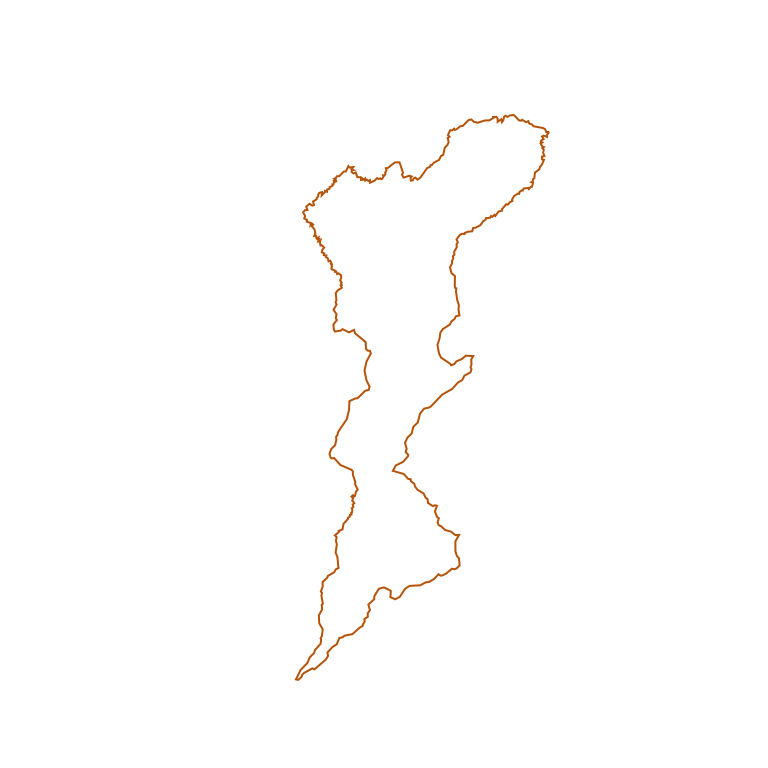 Sevilla, Valle del Cauca, Colombia (Natural Earth projection), rotated 29°
{"feature_id": "7082276B53054479905694", "entity_name": "Sevilla", "entity_type": "district", "adm_level": 2, "iso_a3": "COL", "parent_name": "Colombia", "parent_adm1": "Valle del Cauca", "projection": "natural_earth1", "projection_center": [-75.905, 4.158], "detail": "fine", "context": "isolated", "style": "outline", "palette": "amber", "viewbox_px": 768, "rotation_deg": 29, "n_neighbors": 0, "source": "geoboundaries", "source_scale": "gbopen_adm2", "svg_char_len": 6116}
<svg xmlns="http://www.w3.org/2000/svg" viewBox="0 0 768 768"><g transform="rotate(29 384 384)"><path d="M448.5,316.3L441.8,319.6L439.8,324.8L436.3,329.1L435.9,332.5L433.5,335.1L432.3,334.2L421.1,333.3L417.3,330.6L411.8,323.9L410.5,317.2L408.4,311.8L408.8,307.4L412.8,300.1L412.6,296.8L414.1,293.2L414.1,289.8L416.8,287.4L413.3,283.1L411.1,278.5L407.5,275.3L402.2,268.3L400.9,265.3L400.1,265.7L398.5,264.2L393.7,255.2L389.3,254.3L385.1,250.0L385.1,245.6L383.8,243.3L383.7,240.5L382.3,238.9L382.9,236.9L381.2,234.2L381.4,229.2L379.7,226.6L379.9,224.4L377.3,222.3L378.0,217.1L379.3,214.9L381.8,213.7L381.3,212.8L383.2,210.5L387.2,207.6L386.3,204.5L388.4,202.8L391.3,198.3L391.8,193.5L393.2,191.0L392.7,189.6L396.2,187.1L396.2,185.1L397.8,185.2L398.6,182.5L399.9,183.1L400.6,177.5L403.2,175.2L402.5,173.7L403.7,167.5L405.4,167.1L405.9,164.0L407.6,161.6L406.6,160.6L406.7,156.5L408.9,152.4L410.0,152.1L409.4,150.5L410.5,147.9L411.5,147.7L411.4,145.3L415.1,142.6L416.1,143.3L416.8,140.5L417.8,139.7L416.7,135.6L415.1,135.9L415.9,134.7L415.1,132.4L415.7,131.1L413.5,125.9L415.8,120.8L415.1,118.4L415.8,115.8L415.2,110.4L413.4,110.9L411.8,108.6L413.8,106.9L411.0,104.5L410.2,101.7L408.2,101.0L409.0,99.3L407.4,99.5L404.4,97.8L405.4,96.0L403.7,96.1L403.5,94.8L404.9,92.4L402.2,90.9L403.3,89.3L406.8,88.8L405.7,86.7L406.3,84.6L405.6,83.8L403.8,85.0L401.5,83.1L399.0,83.0L389.8,86.1L387.5,85.2L384.9,85.8L382.8,84.1L381.5,86.1L376.7,85.9L376.6,87.0L374.4,88.0L367.2,85.8L363.7,88.3L362.5,90.5L360.2,90.5L359.5,92.2L360.5,95.7L360.2,97.7L358.2,95.6L356.3,99.6L354.7,96.7L352.8,95.9L350.1,97.5L350.8,98.0L348.3,102.4L344.3,104.7L339.4,110.0L335.4,111.1L332.2,110.3L330.1,111.9L327.8,120.0L325.6,121.8L324.0,126.0L321.9,128.1L322.3,127.0L321.6,126.7L320.5,129.3L318.8,130.0L319.3,135.3L321.5,136.0L320.4,137.9L323.3,141.1L323.6,144.3L322.6,147.9L324.7,154.9L323.3,156.9L323.5,161.3L320.3,166.2L319.6,169.5L318.7,169.9L318.8,172.0L317.1,174.1L315.8,185.7L314.2,189.1L311.3,188.3L310.3,189.9L310.5,191.8L308.8,193.1L307.1,190.5L307.6,189.1L305.3,189.5L301.0,194.0L298.2,192.2L298.2,190.0L290.1,182.6L286.0,185.0L282.7,193.0L281.0,194.4L282.5,195.6L282.6,198.7L283.5,199.7L283.4,201.5L282.1,201.9L282.9,202.7L283.0,205.3L282.3,206.3L281.2,205.9L279.6,207.4L278.1,207.3L277.3,210.5L274.2,214.7L272.8,212.5L271.9,214.0L269.8,213.6L269.0,215.2L267.8,213.5L267.3,215.0L265.2,214.7L265.9,216.0L264.9,216.7L263.5,214.4L260.4,216.0L256.7,212.7L255.1,214.7L252.7,214.1L252.1,212.6L253.4,211.7L251.4,211.7L251.9,209.2L248.8,211.4L247.2,210.7L247.6,216.6L245.9,217.6L244.1,223.8L242.0,225.3L242.1,227.1L241.0,228.5L242.0,228.5L241.7,230.0L243.2,229.2L244.0,230.0L242.4,231.7L243.0,233.8L242.1,234.4L242.9,235.6L241.0,238.2L241.7,239.7L240.0,241.5L240.9,243.5L238.7,243.8L239.2,244.8L238.1,249.3L236.7,246.3L234.7,248.2L234.6,250.1L235.6,251.9L234.9,254.0L235.6,255.1L233.4,258.8L236.0,261.4L234.8,262.8L231.6,262.4L230.0,266.5L232.6,268.9L230.7,270.2L230.0,273.1L233.7,275.4L233.9,277.8L237.2,277.9L237.7,279.5L242.2,278.6L242.8,280.7L243.6,278.7L244.8,278.9L244.2,280.9L248.3,282.5L250.8,285.4L251.2,288.3L252.5,287.3L254.3,289.2L255.3,287.9L255.3,289.1L256.5,288.5L256.1,289.7L257.3,289.9L257.4,290.9L258.7,289.0L259.0,291.0L261.3,293.6L262.1,292.8L265.5,293.7L265.0,296.6L265.8,299.0L268.4,298.7L268.9,300.5L271.3,299.6L271.6,301.1L274.0,301.3L276.0,303.6L277.3,302.2L280.1,304.3L279.4,304.7L281.5,306.3L281.7,308.0L282.7,309.0L286.0,308.6L286.8,309.6L287.7,308.8L289.8,310.6L290.7,309.2L293.7,309.7L295.2,312.0L295.3,314.6L297.7,315.7L297.5,316.5L299.1,317.8L298.3,318.8L300.5,320.2L298.2,324.4L297.7,327.9L301.7,333.6L302.1,336.1L304.0,337.4L303.9,343.6L308.6,346.0L310.0,349.9L311.8,350.9L310.9,356.4L313.7,360.7L315.6,361.9L320.2,358.4L321.2,356.1L328.3,355.8L331.6,351.2L334.1,353.7L347.6,356.2L351.1,361.9L353.6,362.7L355.7,361.8L357.7,363.7L357.8,372.9L360.4,381.6L366.8,389.2L372.7,393.3L373.5,396.4L370.8,399.2L367.8,409.2L365.6,410.9L362.1,415.8L366.0,423.8L368.5,432.8L367.1,447.9L368.0,451.2L367.7,453.5L369.4,455.9L370.9,461.3L369.4,466.1L370.1,471.3L373.0,474.3L374.7,474.3L376.2,472.9L385.1,476.0L397.1,474.8L399.1,475.5L400.9,478.6L406.3,483.5L407.5,485.9L412.1,489.0L411.7,491.8L412.9,495.9L412.4,496.9L410.8,496.3L410.1,498.2L412.4,499.1L412.7,501.3L415.8,502.6L415.1,504.6L416.8,506.4L416.0,508.4L417.2,509.2L418.3,511.8L417.7,512.5L418.8,513.9L417.6,515.0L418.4,516.7L417.4,518.4L417.9,519.5L416.4,525.9L418.2,531.4L415.6,534.4L416.4,535.0L414.4,540.2L416.9,540.9L417.8,544.1L420.7,547.5L423.4,554.9L427.1,557.9L433.4,567.0L431.7,569.5L431.7,572.8L427.9,579.2L428.3,580.9L426.3,586.9L428.6,590.9L429.4,596.1L431.1,596.8L431.8,599.3L437.0,605.8L436.6,607.3L439.2,611.3L439.2,618.0L443.3,624.6L449.3,628.2L451.9,634.7L451.8,637.2L452.9,638.0L454.5,642.0L452.6,650.3L453.3,653.2L451.6,658.8L452.2,665.2L449.7,674.5L450.2,685.0L452.4,684.4L453.9,680.4L453.4,677.7L454.2,675.4L457.7,669.8L459.3,667.4L461.5,667.3L466.7,653.2L466.9,648.9L464.7,646.3L466.3,639.4L468.8,634.7L468.1,627.7L470.5,625.7L471.5,623.3L477.6,618.1L481.1,608.3L482.7,606.0L482.0,604.6L482.4,601.3L480.8,599.1L482.7,595.4L480.9,592.5L481.3,588.5L477.2,584.5L479.8,577.0L478.4,574.2L478.8,565.6L482.6,561.9L489.6,561.6L490.4,561.8L492.9,567.3L498.1,566.9L501.0,562.5L501.7,552.9L504.3,548.1L513.3,542.5L516.6,537.3L519.5,535.1L522.4,530.1L523.9,524.0L526.2,524.2L527.7,523.3L530.0,520.2L533.0,512.6L535.2,512.0L536.9,510.2L538.0,505.8L534.1,500.1L531.0,499.0L527.6,495.7L522.7,487.0L522.8,479.6L519.6,481.6L514.3,480.6L508.2,482.1L502.9,480.7L500.2,481.0L497.8,478.7L497.1,474.8L494.8,474.6L490.3,470.7L489.4,464.8L487.4,465.3L485.9,467.1L480.2,466.7L477.7,463.4L475.8,463.4L471.6,460.5L464.7,460.3L460.8,458.6L458.9,456.6L454.5,455.9L453.4,454.3L451.2,455.3L444.9,453.1L433.9,455.7L433.7,449.7L438.5,442.7L440.0,435.4L439.7,434.3L435.9,433.0L435.2,429.6L430.9,425.3L430.5,419.5L432.2,414.0L430.4,407.1L432.2,401.3L429.9,392.5L431.0,386.1L435.0,382.6L436.0,380.6L440.0,365.1L446.0,355.3L448.0,346.7L450.5,342.9L450.3,337.6L454.0,332.0L453.3,328.6L451.6,327.5L451.1,324.7L448.4,320.1L448.5,316.3Z" fill="none" stroke="#b45309" stroke-width="2"/></g></svg>